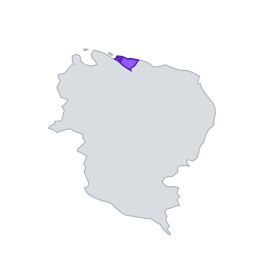 Mondol Seima, Kaôh Kong, Cambodia shown in context, rotated 117°
{"feature_id": "14789045B23229264663112", "entity_name": "Mondol Seima", "entity_type": "district", "adm_level": 2, "iso_a3": "KHM", "parent_name": "Cambodia", "parent_adm1": "Kaôh Kong", "projection": "equal_earth", "projection_center": [102.98, 11.754], "detail": "fine", "context": "in_parent", "style": "filled", "palette": "violet", "viewbox_px": 256, "rotation_deg": 117, "n_neighbors": 0, "source": "geoboundaries", "source_scale": "gbopen_adm2", "svg_char_len": 5304}
<svg xmlns="http://www.w3.org/2000/svg" viewBox="0 0 256 256"><g transform="rotate(117 128 128)"><path d="M203.9,41.7L204.4,43.9L203.1,48.1L201.8,51.9L199.4,55.2L199.3,57.6L198.4,64.9L198.8,67.2L199.4,69.2L200.2,70.2L202.4,77.3L204.4,83.8L206.4,89.1L206.8,92.5L205.1,101.0L203.0,108.8L203.2,112.7L204.2,116.7L205.1,121.9L205.5,128.5L205.0,132.9L204.1,135.6L202.3,138.4L200.8,139.8L198.9,137.4L197.4,137.3L195.3,138.0L193.8,139.1L190.5,143.2L187.0,147.1L182.0,148.1L180.1,151.1L178.0,151.5L174.1,151.6L171.6,152.3L171.7,153.8L171.5,160.8L171.6,162.4L171.2,162.9L169.4,163.1L166.4,162.0L162.3,160.3L159.4,160.0L157.9,163.0L157.0,164.2L155.9,164.4L154.8,164.9L154.4,166.3L154.3,168.0L154.9,170.9L155.1,175.5L155.0,178.7L156.0,180.7L162.3,187.4L164.1,189.0L164.4,190.0L163.3,193.7L164.3,198.8L162.3,198.7L159.0,196.5L157.5,195.2L155.6,196.2L154.9,196.0L153.7,193.5L152.0,190.9L150.3,190.8L146.6,191.8L142.9,192.5L141.5,192.5L141.0,192.9L138.8,196.8L137.9,196.1L134.2,194.7L130.8,194.1L130.1,195.1L130.5,198.2L131.2,201.3L130.8,202.6L128.9,204.2L126.5,207.0L124.9,209.3L123.9,209.8L120.1,209.8L116.4,210.0L114.9,212.2L113.5,213.8L112.2,214.3L107.3,209.0L97.6,207.2L96.5,204.9L95.6,204.4L94.7,207.4L89.3,210.3L87.1,208.6L85.4,206.5L85.7,203.9L87.2,201.8L89.9,200.3L91.1,195.0L89.1,188.2L87.3,186.2L85.4,184.6L83.5,187.1L81.8,191.5L80.1,193.7L77.6,194.2L74.1,194.0L72.7,187.6L72.2,182.0L72.7,175.7L73.2,172.0L69.8,166.8L69.6,161.9L67.9,159.4L67.5,160.6L67.5,162.1L67.0,161.0L61.6,146.6L60.7,140.0L61.6,134.8L62.2,133.1L60.6,130.4L58.4,127.3L54.5,123.3L54.3,117.0L53.4,109.5L52.3,106.9L50.5,102.3L49.5,98.5L49.2,88.4L49.7,87.6L52.4,87.3L56.0,86.6L56.5,84.9L55.9,83.6L58.2,81.3L61.4,76.3L63.9,71.1L65.7,67.8L66.8,64.5L70.4,59.8L75.4,56.6L78.8,55.9L82.3,54.8L85.7,53.2L87.3,53.1L91.6,55.0L93.8,55.5L96.2,55.4L98.7,55.6L100.9,55.4L106.0,54.1L111.5,55.2L116.4,54.3L122.4,52.8L125.4,53.8L128.1,55.3L128.5,58.4L129.1,59.8L130.0,60.8L131.2,60.8L132.8,58.7L134.0,56.5L134.5,56.1L134.5,57.2L135.2,59.6L136.3,61.9L137.5,63.5L139.5,65.6L140.7,65.7L144.9,63.7L151.1,66.6L151.8,68.0L153.8,70.9L156.0,73.0L160.8,73.1L162.5,68.0L161.7,64.9L158.9,59.4L158.1,56.2L159.0,55.7L163.7,55.0L164.4,54.4L165.4,50.9L166.7,51.3L169.3,51.7L172.0,49.3L173.6,46.8L174.5,48.0L175.5,49.7L176.6,50.8L178.5,52.3L180.7,54.4L182.1,56.5L183.2,57.4L185.9,56.8L186.7,56.8L188.3,54.3L189.4,52.9L190.4,53.3L191.8,53.3L194.6,50.0L196.3,47.0L197.2,46.2L199.8,47.7L200.8,47.4L202.3,43.3L203.9,41.7ZM70.8,179.0L70.3,179.4L69.8,179.4L69.3,178.8L69.3,176.5L69.7,175.1L70.6,174.8L70.8,179.0ZM79.0,201.9L77.9,203.4L76.2,200.2L76.2,199.3L79.0,201.9Z" fill="#d9dde1" stroke="#a8b0b8" stroke-width="1"/><path d="M72.5,167.4L72.4,167.1L72.4,166.8L72.4,166.7L72.7,166.7L72.8,166.7L72.9,166.8L73.0,166.7L73.1,166.4L73.1,166.2L73.1,165.9L73.1,165.7L73.1,165.4L73.2,165.2L73.3,165.0L73.3,164.9L73.3,164.6L73.4,164.4L73.5,164.3L73.6,164.1L73.6,163.9L73.7,163.7L73.7,163.4L73.8,163.3L73.8,163.2L74.0,163.0L74.0,162.9L74.1,162.7L75.1,156.5L75.4,151.7L75.3,151.8L75.0,152.2L74.8,152.3L74.7,152.3L74.3,152.5L74.2,152.4L73.9,152.4L73.8,152.5L73.6,152.5L73.4,152.5L73.1,152.5L73.0,152.4L72.7,152.3L72.4,152.1L72.0,151.9L71.8,151.8L70.9,151.2L70.6,151.0L70.0,150.7L69.4,150.4L68.7,150.2L63.4,149.7L62.9,149.4L62.8,149.7L62.8,150.0L62.9,150.5L63.0,150.8L63.0,151.0L63.3,151.2L63.3,151.4L63.4,151.7L63.4,151.8L63.4,152.0L63.5,152.1L63.5,152.3L63.8,152.5L63.9,152.8L64.0,152.9L64.0,153.0L63.9,153.2L63.9,153.3L64.0,153.5L64.1,153.8L64.2,154.0L64.1,154.4L64.1,154.5L64.1,154.8L64.2,155.1L64.3,155.3L64.3,155.5L64.4,155.8L64.5,156.1L64.7,156.3L64.9,156.5L64.9,156.8L65.0,156.9L65.0,157.0L65.1,157.3L65.3,157.2L65.4,157.3L65.4,157.5L65.4,157.8L65.5,158.0L65.8,158.2L65.9,158.3L66.1,158.3L66.0,158.6L65.9,158.6L66.0,158.7L66.2,158.8L66.3,158.8L66.3,159.0L66.6,159.4L66.6,159.6L66.7,160.0L66.8,160.3L66.8,160.5L66.8,161.1L66.8,161.4L66.8,161.7L66.8,161.9L66.8,162.1L66.9,162.4L66.8,162.7L66.8,163.1L66.9,163.3L66.9,163.5L66.9,163.8L66.9,164.2L66.9,164.3L66.9,164.6L67.0,164.9L67.1,165.2L67.3,165.1L67.4,165.3L67.4,165.5L67.5,165.7L67.5,165.8L67.6,166.1L67.6,166.3L67.4,166.4L67.4,166.5L67.4,166.8L67.5,166.8L67.8,167.0L67.9,167.3L67.9,167.6L68.0,167.7L68.1,167.8L68.2,168.0L68.0,168.3L68.1,168.6L68.2,168.9L68.3,169.0L68.6,169.4L68.6,169.5L68.8,169.5L69.1,169.8L69.0,170.0L69.1,170.4L69.1,170.5L69.3,170.6L69.6,170.5L69.8,170.4L70.1,170.4L70.6,170.4L70.8,170.4L71.0,170.4L71.2,170.5L71.5,170.6L71.8,170.7L71.9,170.8L72.1,170.9L72.3,170.8L72.3,170.7L72.4,170.8L72.4,170.7L72.5,170.5L72.7,170.4L72.6,170.2L72.5,169.8L72.5,169.7L72.6,169.3L72.6,168.5L72.6,168.3L72.6,168.0L72.5,167.4ZM71.9,164.4L72.2,164.7L72.2,164.8L72.2,165.7L72.2,165.8L72.2,166.0L72.3,166.3L72.2,166.6L71.6,166.7L71.4,166.7L71.2,166.6L71.2,166.9L71.3,167.0L71.2,167.2L70.9,166.9L70.7,166.9L70.8,167.2L70.8,167.4L70.7,167.4L70.6,167.6L70.6,168.1L70.6,168.3L70.6,168.5L70.4,168.7L70.0,168.6L69.7,168.8L69.4,168.7L69.3,168.2L69.2,168.1L68.8,168.0L68.8,167.9L68.6,167.7L68.5,167.4L68.6,167.1L68.7,166.0L68.7,165.4L68.7,165.2L68.8,165.2L68.9,164.8L69.0,164.7L69.3,164.7L69.4,164.8L69.6,164.8L69.7,165.0L69.7,165.3L69.8,165.5L69.9,165.4L70.0,165.3L70.3,165.4L70.5,165.3L70.6,165.1L70.8,164.9L71.0,164.9L71.3,164.9L71.4,164.7L71.5,164.7L71.8,164.4L71.9,164.4Z" fill="#8b5cf6" stroke="#5b21b6" stroke-width="1.5"/></g></svg>